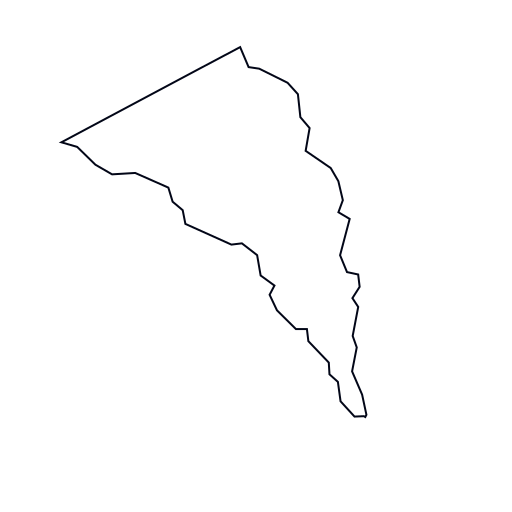 the district of Delta, Texas, United States of America, rotated 61°
{"feature_id": "52423323B91707505421918", "entity_name": "Delta", "entity_type": "district", "adm_level": 2, "iso_a3": "USA", "parent_name": "United States of America", "parent_adm1": "Texas", "projection": "orthographic", "projection_center": [-95.581, 33.357], "detail": "fine", "context": "isolated", "style": "outline", "palette": "ink", "viewbox_px": 512, "rotation_deg": 61, "n_neighbors": 0, "source": "geoboundaries", "source_scale": "gbopen_adm2", "svg_char_len": 781}
<svg xmlns="http://www.w3.org/2000/svg" viewBox="0 0 512 512"><g transform="rotate(61 256 256)"><path d="M64.8,212.2L62.2,371.1L73.9,359.5L98.3,352.2L114.8,342.3L124.8,321.4L153.7,299.5L168.1,302.6L180.4,297.9L193.7,302.2L234.1,272.0L238.1,262.2L255.8,254.6L275.3,261.4L290.8,254.2L296.5,262.9L313.7,264.0L339.3,256.5L344.6,246.9L355.9,251.5L384.5,244.0L395.1,249.1L405.8,245.4L424.1,252.5L444.2,247.7L448.4,239.3L449.8,238.5L448.4,236.4L428.7,230.4L403.5,227.9L384.8,212.2L372.8,210.2L350.1,191.3L339.6,192.1L333.2,180.3L321.7,175.6L314.2,184.2L296.1,182.1L269.0,156.1L257.7,162.7L249.3,153.0L230.5,147.7L215.3,148.0L188.1,161.6L170.1,147.1L156.1,149.9L134.8,140.9L119.8,144.4L93.7,162.4L87.2,170.9L65.6,168.6L64.8,212.2Z" fill="none" stroke="#020617" stroke-width="2"/></g></svg>